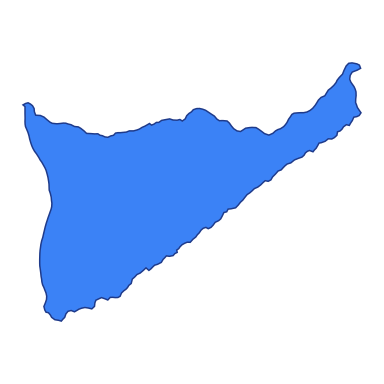 outline of Icaraí de Minas, Minas Gerais, Brazil
{"feature_id": "56859067B22944648625044", "entity_name": "Icaraí de Minas", "entity_type": "district", "adm_level": 2, "iso_a3": "BRA", "parent_name": "Brazil", "parent_adm1": "Minas Gerais", "projection": "orthographic", "projection_center": [-44.889, -16.228], "detail": "fine", "context": "isolated", "style": "filled", "palette": "blue", "viewbox_px": 384, "rotation_deg": 0, "n_neighbors": 0, "source": "geoboundaries", "source_scale": "gbopen_adm2", "svg_char_len": 4089}
<svg xmlns="http://www.w3.org/2000/svg" viewBox="0 0 384 384"><path d="M313.0,151.8L314.4,150.0L316.1,148.3L317.8,145.4L319.0,143.1L321.3,142.7L325.1,141.3L328.3,138.8L331.8,139.0L334.4,137.6L336.9,135.3L337.5,131.8L340.0,131.0L341.9,129.3L343.5,126.8L346.4,124.7L349.3,125.4L350.8,122.8L352.3,120.6L353.8,117.2L356.9,116.6L359.2,115.5L361.0,112.8L359.2,110.2L357.4,107.5L356.5,104.8L355.6,102.6L355.7,99.1L356.1,95.6L356.0,91.9L355.2,89.2L354.0,86.6L352.3,84.2L350.9,82.2L349.7,79.2L350.2,75.4L352.2,72.1L354.4,71.2L357.1,70.2L360.6,68.3L359.4,65.1L357.0,63.9L354.7,63.4L352.0,62.9L348.7,63.3L346.2,65.9L344.0,70.4L342.5,74.2L340.7,76.0L339.1,77.7L337.1,80.3L336.1,82.5L333.8,85.4L330.9,88.1L328.3,90.1L326.7,92.7L324.8,95.8L321.1,97.4L318.4,100.1L316.8,102.8L315.2,105.3L312.7,108.3L310.1,110.4L307.0,112.0L303.5,112.7L300.6,112.7L297.2,112.9L294.0,113.2L291.9,114.4L290.3,116.9L288.6,119.2L287.0,122.5L285.4,124.7L283.7,126.6L280.5,128.7L277.8,129.6L275.5,130.9L272.9,133.3L268.9,135.1L264.5,133.6L261.5,131.3L258.6,129.2L256.0,127.6L251.9,127.4L249.5,127.6L245.6,128.2L242.9,130.0L240.5,131.5L237.0,130.9L233.7,128.7L231.5,126.1L229.4,123.1L227.1,121.0L222.9,120.6L219.3,120.7L216.9,119.1L214.4,116.1L211.0,113.9L207.7,111.7L205.6,110.3L202.7,109.2L199.6,108.5L196.5,108.6L193.3,109.7L191.5,111.8L188.9,113.5L186.7,115.7L185.2,118.9L182.3,121.0L179.9,119.5L177.1,120.2L173.0,120.0L169.7,118.9L165.7,119.6L161.6,120.4L158.8,122.4L156.4,122.4L154.0,124.1L151.5,125.1L149.5,123.5L146.9,125.0L144.8,126.2L142.2,127.3L139.3,129.1L136.9,130.0L133.5,130.9L129.3,130.9L126.3,132.1L123.1,132.4L120.1,132.7L117.8,132.7L115.5,133.1L113.5,135.3L110.8,135.9L107.9,137.3L104.9,136.9L102.4,135.7L99.9,135.2L97.9,133.8L94.5,133.9L91.0,133.6L86.6,133.4L83.9,130.8L80.7,128.3L78.3,126.9L74.5,126.5L71.0,124.7L68.1,124.0L65.8,123.2L63.4,123.1L60.1,123.5L57.0,123.8L52.2,123.3L49.9,122.1L47.1,119.8L44.0,117.1L40.4,115.5L35.7,115.2L34.4,111.8L34.1,108.5L32.5,105.7L30.4,104.0L28.1,102.8L25.5,103.5L23.0,104.9L25.0,106.6L25.0,109.0L25.0,113.5L25.1,118.2L25.0,121.5L25.1,124.1L25.5,126.6L26.5,128.9L28.0,132.5L29.0,135.8L29.7,139.1L30.8,142.9L31.8,145.8L32.9,148.3L34.5,151.2L36.6,154.0L38.9,157.6L40.1,159.9L41.8,162.2L43.5,165.2L45.1,168.1L46.1,170.4L47.1,173.9L48.0,177.5L48.6,181.2L49.0,184.0L49.2,190.1L50.3,193.3L51.2,197.1L51.5,200.5L51.9,203.2L51.7,206.7L51.1,209.2L50.1,212.0L48.9,215.4L48.0,217.9L47.2,220.4L46.3,223.1L45.2,227.0L44.3,230.8L43.5,234.1L42.8,237.3L41.7,240.7L40.9,244.4L40.5,247.4L40.1,250.3L39.9,253.0L39.8,255.8L39.7,259.3L39.7,263.2L39.8,265.9L40.3,269.4L40.8,273.3L41.1,276.4L41.6,279.1L41.9,281.9L42.6,284.8L43.9,287.5L44.9,290.2L46.0,292.9L46.7,296.2L46.5,299.5L45.4,302.8L43.9,306.5L44.8,310.0L46.0,312.2L48.4,312.7L50.3,314.9L51.6,317.3L54.8,319.7L58.6,320.3L61.3,321.1L62.9,319.2L64.7,317.4L65.9,313.9L68.0,311.3L71.1,310.5L74.5,311.8L76.6,310.6L78.9,309.2L81.6,308.2L84.9,307.5L88.3,308.0L91.8,308.9L94.5,306.4L94.9,302.8L95.9,300.2L98.2,299.1L101.5,297.6L105.2,298.9L107.8,300.0L110.2,297.4L112.7,297.3L115.3,297.6L117.9,297.5L120.1,296.3L121.5,293.0L123.9,290.7L125.9,289.3L127.5,287.6L128.8,285.4L131.2,283.5L132.3,279.1L134.7,277.0L137.0,274.5L140.1,273.1L143.3,270.4L146.0,267.9L148.9,270.4L151.0,268.8L152.7,267.0L154.6,265.2L157.6,264.3L161.3,262.4L163.1,259.4L164.8,257.7L166.4,255.9L169.4,256.3L173.1,255.6L174.8,253.6L177.2,252.4L176.7,250.1L178.7,248.7L180.0,246.8L182.1,244.7L184.6,243.3L187.2,242.2L190.2,242.3L192.9,239.3L195.8,237.0L197.3,234.8L199.2,232.9L201.1,230.1L203.2,228.3L205.9,227.4L208.2,228.7L211.0,227.4L213.0,225.3L215.2,222.3L218.6,220.7L220.7,218.9L222.2,216.1L223.9,212.5L226.7,211.8L228.1,209.1L231.1,208.8L235.6,207.8L238.2,205.1L240.5,202.2L242.8,200.1L244.7,197.6L247.1,194.6L249.7,192.9L251.8,191.1L254.4,188.6L257.8,187.1L260.7,184.9L263.0,182.6L265.2,180.7L268.2,181.3L270.9,179.9L272.6,176.9L275.6,173.9L278.1,171.0L281.2,169.9L282.8,168.1L284.8,166.0L287.2,164.0L290.8,162.9L294.5,159.9L298.5,158.3L302.0,157.1L304.1,155.2L305.4,152.9L307.4,151.3L309.5,150.5L313.0,151.8Z" fill="#3b82f6" stroke="#1e3a8a" stroke-width="1.5"/></svg>